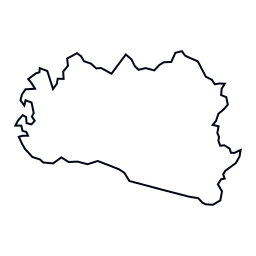 Lagoa dos Três Cantos, Rio Grande do Sul, Brazil (Albers equal-area conic projection)
{"feature_id": "56859067B28552109375594", "entity_name": "Lagoa dos Três Cantos", "entity_type": "district", "adm_level": 2, "iso_a3": "BRA", "parent_name": "Brazil", "parent_adm1": "Rio Grande do Sul", "projection": "albers", "projection_center": [-52.844, -28.574], "detail": "fine", "context": "isolated", "style": "outline", "palette": "ink", "viewbox_px": 256, "rotation_deg": 0, "n_neighbors": 0, "source": "geoboundaries", "source_scale": "gbopen_adm2", "svg_char_len": 1393}
<svg xmlns="http://www.w3.org/2000/svg" viewBox="0 0 256 256"><path d="M22.1,143.9L24.8,148.7L27.8,152.0L32.4,157.0L40.1,159.5L43.2,162.5L53.1,163.4L61.4,157.4L68.6,162.0L77.4,161.6L87.6,164.2L97.7,161.0L111.0,166.1L119.4,169.5L124.4,172.9L129.4,181.0L162.1,189.7L189.1,196.7L198.3,198.2L202.5,202.8L205.9,204.3L212.8,204.8L220.3,200.4L222.0,191.4L217.9,184.3L221.1,179.3L224.7,178.6L223.2,174.4L225.3,170.8L235.9,163.0L239.5,156.6L240.6,150.0L234.5,152.9L230.9,152.7L229.7,148.7L224.4,145.3L220.2,145.7L218.4,140.8L219.0,136.8L217.3,132.9L218.6,126.3L212.7,124.9L216.0,121.0L218.4,113.8L223.9,109.2L227.8,104.6L226.3,97.2L221.1,95.0L221.7,88.6L224.8,83.7L219.2,83.5L214.8,84.3L211.9,79.8L205.8,76.7L200.7,66.9L197.8,61.3L190.3,58.1L185.1,55.6L181.9,51.2L175.4,52.8L171.3,61.9L163.6,62.3L159.1,65.2L154.3,70.4L145.6,68.1L138.5,69.8L134.7,66.0L131.6,59.5L125.8,54.5L111.5,73.7L101.1,68.0L96.2,68.4L91.0,63.6L84.1,61.3L81.0,56.2L77.0,53.2L67.1,58.6L68.0,65.8L63.2,71.5L63.6,78.9L57.7,78.7L56.9,83.7L53.0,89.0L47.3,71.0L39.8,68.2L39.4,72.3L36.0,73.3L28.2,79.1L31.5,83.0L35.0,88.7L30.9,89.0L25.5,89.3L22.0,94.4L20.5,100.3L24.3,105.5L25.6,100.3L31.5,102.5L32.7,107.9L33.7,113.2L31.9,116.6L34.7,120.8L31.5,124.3L26.6,123.2L26.1,117.1L22.7,115.1L18.0,120.6L15.4,125.6L21.3,125.6L22.5,130.8L26.4,132.1L28.0,135.7L22.6,135.8L18.8,136.8L22.1,143.9Z" fill="none" stroke="#020617" stroke-width="2"/></svg>